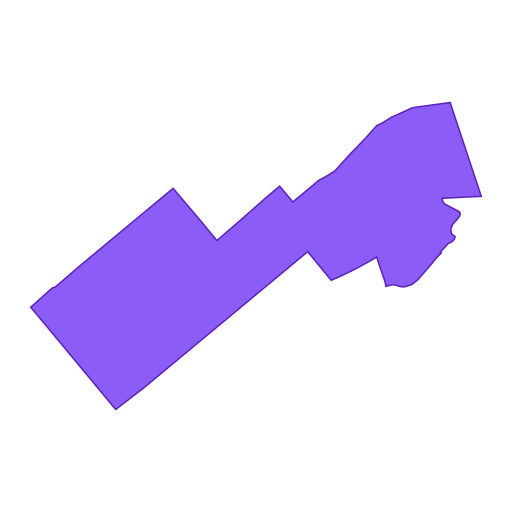 Poroschia, Teleorman, Romania (Albers equal-area conic projection)
{"feature_id": "2599482B54439114477168", "entity_name": "Poroschia", "entity_type": "district", "adm_level": 2, "iso_a3": "ROU", "parent_name": "Romania", "parent_adm1": "Teleorman", "projection": "albers", "projection_center": [25.313, 43.915], "detail": "fine", "context": "isolated", "style": "filled", "palette": "violet", "viewbox_px": 512, "rotation_deg": 0, "n_neighbors": 0, "source": "geoboundaries", "source_scale": "gbopen_adm2", "svg_char_len": 1136}
<svg xmlns="http://www.w3.org/2000/svg" viewBox="0 0 512 512"><path d="M143.4,388.2L144.2,387.5L307.7,251.7L331.2,280.3L339.7,276.6L345.7,273.7L350.6,271.4L359.1,267.0L369.9,261.0L376.7,257.2L380.7,269.4L384.0,278.7L385.1,282.1L385.9,286.4L390.5,285.2L393.9,284.7L400.9,286.7L404.5,286.9L411.9,284.5L418.1,279.5L433.0,262.2L435.5,258.8L441.2,253.0L440.2,252.3L448.3,243.4L451.9,241.8L454.4,239.3L455.1,236.6L451.5,233.8L450.8,229.0L452.6,224.4L458.1,218.3L459.8,215.7L460.2,213.4L459.3,211.7L444.9,204.1L442.8,201.7L442.2,198.3L467.2,197.0L481.3,196.4L451.9,107.8L450.2,102.5L433.3,104.8L418.8,106.8L412.3,107.8L391.3,117.3L381.7,123.3L376.9,125.5L365.0,138.7L350.0,154.2L334.7,171.1L323.8,177.7L318.8,180.3L314.1,184.3L302.1,194.3L292.9,201.9L279.6,186.2L278.4,187.2L273.4,191.4L267.2,196.6L241.0,219.7L216.9,240.5L200.3,220.4L188.9,207.0L173.1,188.3L113.6,237.8L93.4,254.6L81.0,264.9L76.9,268.4L55.7,286.7L52.2,288.0L49.7,290.2L41.5,297.6L30.7,307.2L33.5,310.6L45.8,325.3L55.9,337.5L64.7,348.0L66.7,350.5L70.0,354.5L72.0,356.9L72.6,357.6L115.7,409.5L133.5,395.8L143.4,388.2Z" fill="#8b5cf6" stroke="#5b21b6" stroke-width="1.5"/></svg>